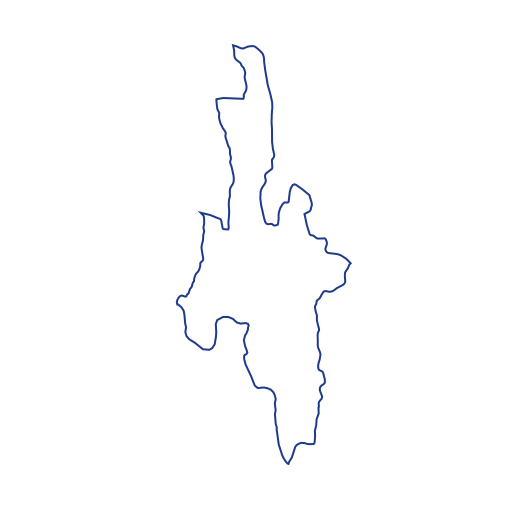 Colomba, Retalhuleu, Guatemala (Equal Earth projection), rotated 164°
{"feature_id": "79465075B28232035709765", "entity_name": "Colomba", "entity_type": "district", "adm_level": 2, "iso_a3": "GTM", "parent_name": "Guatemala", "parent_adm1": "Retalhuleu", "projection": "equal_earth", "projection_center": [-91.758, 14.698], "detail": "fine", "context": "isolated", "style": "outline", "palette": "blue", "viewbox_px": 512, "rotation_deg": 164, "n_neighbors": 0, "source": "geoboundaries", "source_scale": "gbopen_adm2", "svg_char_len": 6127}
<svg xmlns="http://www.w3.org/2000/svg" viewBox="0 0 512 512"><g transform="rotate(164 256 256)"><path d="M195.2,259.7L197.2,260.8L197.9,261.3L198.4,262.3L198.6,272.0L197.8,283.0L192.0,284.2L190.3,285.9L190.1,286.7L188.2,289.6L187.8,292.3L187.9,299.8L191.4,304.9L192.5,306.6L197.9,313.4L199.3,314.3L201.2,314.1L203.9,311.5L205.8,308.4L209.7,299.1L210.5,298.7L211.8,298.9L213.2,299.5L214.1,299.6L216.1,298.5L219.0,295.9L220.5,293.9L221.8,291.9L222.7,290.0L223.5,287.5L223.9,285.7L225.2,282.6L225.8,281.2L226.4,280.2L227.4,280.0L228.5,280.0L230.0,280.2L230.8,280.8L231.2,281.5L231.9,282.4L232.8,282.8L234.6,283.0L236.4,283.6L237.1,284.4L237.6,285.4L237.8,287.4L237.8,290.2L237.0,303.9L235.9,310.5L234.9,313.2L234.1,315.9L233.1,317.8L231.6,319.7L227.9,322.8L226.9,323.9L226.0,325.1L225.7,326.4L225.5,329.5L225.2,330.6L224.7,331.6L223.5,332.7L216.8,335.3L216.2,336.0L215.8,336.9L214.3,343.8L213.7,344.5L212.7,345.1L211.8,346.0L211.0,347.0L210.6,348.0L210.2,354.5L209.1,361.2L205.6,373.7L204.3,379.8L201.8,387.8L201.0,389.9L199.3,394.5L198.1,399.3L197.6,407.8L197.6,416.7L195.9,432.3L194.8,439.7L193.9,443.3L193.7,445.2L193.7,447.3L194.1,449.3L195.7,452.3L197.2,454.7L198.7,456.8L199.5,457.8L200.4,458.3L202.1,458.9L204.2,459.3L206.2,459.5L211.1,459.0L212.4,459.4L213.7,460.2L216.5,462.6L220.0,464.8L220.1,462.7L220.2,461.8L220.3,459.9L220.5,459.1L221.1,456.7L221.5,455.2L221.7,454.1L221.7,452.7L221.5,451.5L220.9,450.1L220.2,449.1L219.1,447.7L218.0,446.2L217.6,445.0L217.4,443.2L217.2,442.4L216.2,440.8L216.0,440.1L215.9,439.1L215.8,437.8L215.8,435.7L216.1,434.3L216.7,433.0L217.1,432.3L217.5,431.6L217.8,430.2L218.0,426.9L218.1,424.2L218.3,421.8L218.7,420.5L219.2,419.3L219.6,418.5L220.6,417.1L222.7,415.1L223.5,414.1L223.8,412.4L224.3,411.3L224.9,410.6L243.9,416.9L250.8,417.6L251.2,416.4L252.0,412.3L252.6,408.3L252.6,407.3L252.5,406.5L252.3,405.7L251.9,403.6L252.2,402.7L252.9,400.9L253.3,399.5L253.5,397.8L253.6,393.7L253.5,392.7L253.0,390.4L252.8,388.7L252.6,387.9L252.2,386.6L251.6,385.2L251.3,383.8L251.2,382.4L251.5,381.5L252.3,380.1L252.5,379.1L252.6,377.4L252.4,373.5L252.4,370.2L252.3,369.3L251.7,367.2L251.7,366.0L251.8,365.2L252.8,361.6L252.9,360.4L252.9,358.4L253.0,357.6L253.2,356.6L254.0,355.2L254.7,354.2L255.0,353.3L255.1,352.3L255.1,350.6L254.9,349.9L254.9,348.7L255.0,346.4L255.2,343.2L255.4,340.1L255.5,339.2L255.7,338.1L255.9,336.9L256.4,335.4L256.7,334.4L257.2,333.4L257.6,332.7L258.3,331.8L261.3,329.1L261.9,328.4L262.5,327.4L262.9,326.6L263.3,325.6L264.3,321.7L265.0,319.8L265.7,318.7L266.3,317.7L267.4,314.8L268.2,312.3L269.2,307.3L269.9,305.1L270.4,303.4L271.4,300.7L272.8,297.2L273.5,295.1L274.5,290.4L275.5,289.2L279.7,290.7L280.2,291.1L280.4,291.8L279.9,297.1L279.7,298.5L279.7,299.5L279.9,300.8L280.4,301.6L284.3,304.5L288.7,308.0L297.2,312.8L295.4,309.3L295.3,308.1L295.6,306.3L296.6,302.4L297.1,301.0L297.5,300.1L298.4,298.4L298.8,297.4L298.9,295.1L299.0,294.1L299.8,292.6L300.5,291.5L300.9,290.7L301.4,289.3L302.1,287.2L302.6,285.8L303.3,284.6L304.9,281.8L305.8,279.9L306.1,279.1L306.5,276.3L307.4,268.8L307.5,267.9L307.7,267.2L308.6,266.2L310.1,265.4L310.8,265.1L311.5,264.5L312.5,261.5L313.8,259.4L314.8,258.2L315.6,257.3L316.2,256.8L317.3,256.2L318.3,255.6L319.0,255.0L320.3,253.3L320.8,252.6L321.7,251.2L322.2,249.8L322.6,248.8L323.4,248.3L324.3,247.5L324.8,246.5L326.1,244.4L326.7,243.8L327.8,243.0L328.4,242.6L329.6,241.1L330.9,238.9L331.7,238.4L332.4,238.3L333.9,236.7L334.6,236.3L335.3,236.5L337.5,238.1L338.5,238.5L339.8,238.4L340.8,237.9L341.6,237.5L343.4,235.8L343.9,235.1L344.8,233.6L345.0,232.3L344.9,231.0L344.3,231.0L341.9,227.5L340.6,223.4L341.1,218.6L342.6,211.2L342.9,206.8L344.9,202.3L344.9,198.3L343.2,194.4L338.7,189.5L332.7,181.0L326.8,178.7L323.5,179.5L321.1,181.6L320.1,182.4L316.8,189.3L315.2,193.8L313.4,201.7L310.9,205.1L304.5,206.5L299.4,205.0L295.6,202.0L292.7,197.3L289.5,195.3L284.2,194.3L282.3,192.8L282.2,191.2L283.7,188.8L283.9,187.7L286.7,184.1L288.3,182.8L290.9,178.4L291.3,172.8L291.0,168.9L290.9,165.7L292.4,164.2L294.0,164.1L295.0,163.2L295.8,159.9L295.9,154.6L293.8,141.6L293.1,133.7L292.8,131.6L290.7,128.6L284.6,127.4L281.4,125.7L278.5,123.3L276.8,120.1L276.3,116.5L276.5,112.9L278.6,109.0L279.6,102.4L281.4,98.7L283.3,89.1L283.3,85.1L283.9,83.9L286.1,68.5L285.8,59.8L285.8,58.0L285.3,54.6L284.8,52.6L284.0,50.1L283.0,48.0L282.1,47.2L280.8,49.1L277.1,52.4L270.8,61.8L268.8,63.2L266.8,63.7L264.3,63.9L261.3,63.0L258.5,61.2L256.5,60.4L252.6,59.4L251.5,60.0L250.7,61.5L248.7,67.0L247.6,71.7L244.8,76.7L242.7,82.5L240.3,85.7L239.1,87.5L238.5,89.9L237.7,93.2L237.1,93.7L236.9,94.6L236.4,96.9L236.0,97.8L235.6,98.4L234.8,99.0L233.6,99.9L232.5,100.5L231.9,101.3L231.4,102.1L231.2,102.9L231.2,103.6L231.6,107.9L231.6,109.2L231.5,110.2L231.1,111.1L230.6,112.0L229.8,112.8L228.8,113.4L226.8,114.0L225.9,114.4L225.3,114.8L224.7,115.5L224.4,116.4L224.1,117.4L223.9,118.3L223.8,119.6L223.7,122.3L223.7,124.9L223.8,126.0L224.3,126.8L224.8,127.3L225.8,128.1L226.8,129.2L227.0,130.4L227.0,131.2L226.8,132.3L226.4,133.7L225.4,135.8L223.6,138.5L222.3,141.0L221.3,143.2L221.1,144.3L221.0,145.3L221.2,148.0L221.5,150.2L221.5,151.6L221.3,152.8L221.1,153.7L219.8,158.2L218.6,162.9L217.9,164.6L217.1,165.8L216.0,167.0L215.6,168.0L215.5,168.7L215.4,174.0L215.2,176.7L215.0,178.0L214.6,179.7L214.0,181.2L213.9,182.2L213.8,183.8L213.9,185.1L213.7,188.5L213.5,190.4L213.2,191.2L212.5,192.1L211.8,192.7L211.3,193.4L210.9,194.2L210.3,195.4L209.8,196.3L209.2,196.6L207.6,197.3L206.6,197.8L205.6,198.6L203.3,201.0L201.6,202.4L200.7,203.1L200.1,203.3L199.5,203.2L198.8,203.1L198.0,202.8L195.5,201.4L194.5,201.2L193.6,201.1L192.5,201.1L190.4,201.5L187.3,202.8L182.0,203.9L180.2,204.3L178.8,205.0L177.6,206.2L177.3,207.0L176.9,208.4L176.6,210.0L176.0,212.7L175.0,215.4L174.4,216.1L173.7,216.8L172.7,217.6L171.7,218.3L171.1,218.8L170.1,220.1L169.4,221.1L168.7,221.9L167.0,222.9L169.9,228.3L172.7,231.6L174.0,233.0L175.7,234.4L177.7,235.6L184.9,238.6L186.2,239.3L187.1,240.5L187.4,241.5L187.5,242.5L187.4,243.6L186.6,245.0L184.8,247.5L184.3,248.8L184.1,250.5L184.3,252.4L184.6,253.5L185.2,254.0L191.8,255.7L193.1,256.7L195.2,259.7Z" fill="none" stroke="#1e3a8a" stroke-width="2"/></g></svg>